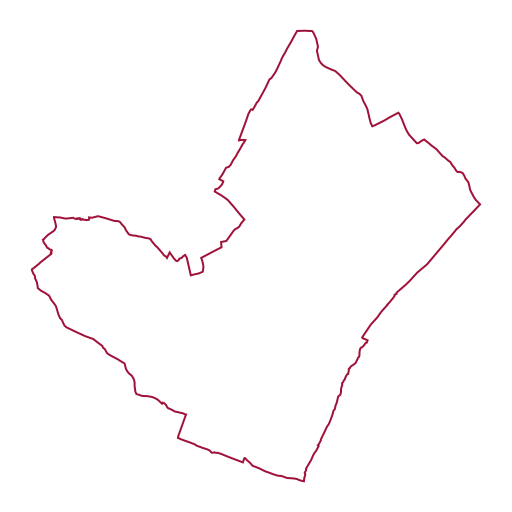 the district of Delesti, Vaslui, Romania
{"feature_id": "2599482B7658648918127", "entity_name": "Delesti", "entity_type": "district", "adm_level": 2, "iso_a3": "ROU", "parent_name": "Romania", "parent_adm1": "Vaslui", "projection": "albers", "projection_center": [27.539, 46.694], "detail": "fine", "context": "isolated", "style": "outline", "palette": "rose", "viewbox_px": 512, "rotation_deg": 0, "n_neighbors": 0, "source": "geoboundaries", "source_scale": "gbopen_adm2", "svg_char_len": 5988}
<svg xmlns="http://www.w3.org/2000/svg" viewBox="0 0 512 512"><path d="M303.9,481.3L304.0,480.9L304.0,480.0L304.2,479.2L304.3,478.5L304.2,478.0L304.9,476.2L305.3,474.2L305.1,473.8L304.8,473.1L304.7,472.7L306.0,470.4L306.2,469.6L306.1,469.2L306.0,468.7L311.2,459.9L312.9,455.8L313.7,454.3L314.5,452.9L316.0,451.0L318.6,446.2L317.8,445.3L318.8,444.3L319.5,442.9L320.4,441.3L320.9,440.1L320.9,439.4L324.9,431.1L326.5,427.6L327.5,425.9L328.3,424.9L329.2,423.3L329.6,422.1L331.0,418.8L332.6,414.2L332.9,413.3L333.0,412.2L333.4,411.1L333.9,410.1L334.5,409.6L334.8,409.1L335.6,405.5L335.8,404.9L336.4,403.6L337.1,401.3L338.1,396.7L338.3,396.4L339.8,395.2L340.4,394.6L340.9,392.5L341.0,391.4L341.0,389.9L341.1,388.6L341.6,386.8L342.3,385.1L342.1,384.4L342.0,383.7L342.1,383.2L343.2,382.0L343.9,380.3L344.7,379.6L345.0,378.2L345.4,377.7L345.9,376.4L347.2,374.3L347.7,373.9L348.2,373.9L348.3,372.9L348.7,371.4L348.7,370.6L348.9,370.0L348.8,369.5L348.8,369.2L348.9,368.8L348.9,368.6L349.8,368.1L350.6,366.8L351.4,366.0L353.0,365.0L355.2,363.4L355.9,362.4L356.8,360.5L357.6,359.0L357.8,358.2L358.1,357.7L359.0,356.9L359.2,356.5L359.4,355.4L359.5,354.3L359.4,353.5L359.6,351.9L359.8,350.1L360.3,348.5L361.1,347.6L361.4,347.6L361.7,347.5L363.6,345.9L365.8,342.7L366.7,342.7L367.6,340.3L364.8,339.0L363.5,338.6L362.7,338.2L362.1,337.6L362.9,336.3L370.7,324.7L375.5,319.4L377.6,317.0L379.6,314.1L382.0,310.9L387.0,305.4L387.3,305.1L387.2,304.7L388.7,303.3L393.1,298.0L394.3,296.3L394.7,295.6L394.5,294.9L394.8,294.6L396.6,293.8L396.5,292.9L397.4,291.9L405.8,284.7L409.7,280.9L417.2,272.6L427.0,264.4L444.6,243.5L448.0,239.3L451.6,235.2L455.0,231.1L456.5,229.2L459.5,226.6L463.7,222.0L465.6,219.5L468.0,217.1L469.2,215.8L480.1,204.4L478.9,203.2L475.8,199.9L473.9,197.1L471.4,192.4L470.1,189.7L469.0,184.6L468.4,182.4L467.5,181.1L465.5,178.6L464.3,175.8L462.6,173.0L459.9,171.9L458.1,172.1L456.8,171.5L455.4,169.4L454.3,167.5L453.1,166.3L451.4,163.8L450.5,162.1L448.4,160.7L444.9,157.6L442.6,156.1L438.8,151.9L436.7,149.4L431.3,145.4L428.6,143.0L425.2,140.4L424.4,139.5L423.9,139.6L421.3,141.0L418.4,143.1L416.8,143.2L409.1,134.8L407.7,132.5L406.3,130.0L404.4,125.5L401.8,118.9L399.4,114.0L398.4,112.7L389.2,117.6L384.7,120.3L379.4,123.0L374.6,125.4L372.3,126.3L370.7,122.9L369.1,116.8L368.6,114.1L367.9,111.7L367.7,110.1L366.3,106.7L363.7,101.8L362.8,99.7L361.3,95.6L359.0,93.5L357.1,92.6L350.1,85.9L345.8,81.5L339.3,74.6L335.2,71.0L331.8,69.7L326.1,67.2L323.1,65.3L321.0,63.2L319.1,60.3L318.7,58.9L317.0,51.2L317.0,50.5L317.8,47.5L317.9,46.2L316.2,38.8L313.7,33.3L312.7,31.6L312.0,31.0L309.3,31.0L305.4,30.7L297.1,31.0L294.1,36.2L291.8,40.6L287.0,48.8L285.2,52.4L283.2,55.8L281.7,58.6L281.1,60.3L280.2,62.2L277.1,68.9L275.1,72.7L271.5,77.9L269.4,79.5L265.7,87.5L258.3,101.1L257.9,101.4L256.8,102.6L254.4,107.0L252.7,109.8L252.2,109.4L251.1,109.4L250.5,110.1L248.5,113.7L245.0,123.8L239.0,139.9L239.0,140.4L240.6,140.0L244.3,139.9L245.4,140.1L242.4,144.7L239.9,149.2L237.4,153.3L236.4,155.5L233.1,160.2L230.8,164.6L228.8,166.9L226.1,167.7L222.4,174.4L219.7,178.2L219.3,179.2L223.3,181.3L222.4,183.7L221.8,184.7L220.8,185.9L218.3,188.4L215.3,189.3L215.2,190.0L214.7,191.5L222.0,195.8L227.3,199.6L228.4,200.7L233.4,206.4L239.7,214.1L244.4,219.5L241.2,223.3L239.2,226.7L237.6,227.9L235.2,229.2L233.9,230.4L226.3,241.0L221.1,242.0L221.5,247.3L215.0,250.6L201.2,257.9L202.4,261.3L203.3,265.5L203.4,267.6L202.8,271.6L202.2,272.0L198.6,273.5L195.2,274.2L190.8,275.3L186.8,257.8L185.1,254.9L183.6,256.0L182.7,256.5L182.4,257.2L181.3,258.1L179.4,258.6L179.0,259.6L178.6,260.2L177.1,261.1L176.1,260.8L173.7,258.2L169.7,252.4L167.0,257.9L166.2,256.6L165.0,256.0L163.8,255.1L162.5,253.3L157.5,247.5L155.3,245.5L151.6,241.0L151.1,240.1L150.5,239.2L148.9,238.4L146.0,238.0L143.4,237.4L141.2,236.7L138.9,236.5L135.6,235.7L133.5,235.5L132.8,235.5L131.6,235.2L129.4,234.6L128.7,234.1L126.3,230.7L125.7,229.8L124.8,227.6L124.3,227.0L122.8,225.3L122.1,224.8L120.6,222.7L119.5,221.7L118.4,221.2L114.3,220.9L106.9,218.6L100.8,216.9L97.9,216.2L92.3,217.7L91.4,217.7L89.1,217.4L89.2,219.2L88.7,219.8L88.0,220.0L86.9,220.1L85.0,219.8L84.1,219.8L82.4,219.1L81.8,219.8L80.6,219.7L79.6,219.2L79.4,218.9L80.1,218.3L79.9,218.1L78.4,218.3L77.3,219.0L76.9,219.0L77.0,218.7L76.9,218.5L76.3,218.8L76.0,218.8L74.6,218.6L73.2,217.8L66.2,218.6L63.4,218.2L60.3,217.5L54.0,217.1L54.0,218.0L55.2,222.2L56.1,226.3L55.9,227.4L54.8,229.8L53.2,231.3L48.1,234.8L45.4,237.4L44.1,238.9L42.9,239.7L43.3,240.8L43.5,242.1L44.1,242.8L44.7,244.0L45.9,245.2L47.1,247.7L47.9,248.0L48.7,248.5L49.4,249.3L51.1,249.8L51.9,250.4L51.5,251.3L51.0,251.9L51.3,252.5L50.8,252.5L50.7,252.9L51.1,254.0L40.4,262.4L39.1,263.7L33.7,268.1L31.9,269.3L31.9,270.1L33.2,273.4L34.9,276.0L35.1,276.7L34.9,277.7L35.3,278.8L36.8,282.0L37.5,285.5L37.8,288.1L41.1,290.8L44.7,292.7L48.9,295.5L50.2,297.7L50.9,299.4L54.7,304.3L55.8,306.1L56.1,306.6L58.5,314.7L60.1,318.2L62.0,320.1L63.0,322.6L64.5,325.6L66.1,327.0L67.0,327.6L75.9,331.9L85.3,336.2L93.2,339.0L98.6,343.2L102.3,345.9L102.9,347.5L104.9,349.2L106.9,353.0L109.2,354.7L112.1,356.3L118.5,359.7L119.9,360.7L124.3,363.3L124.9,364.4L125.2,366.0L125.9,368.7L127.1,371.0L128.8,373.3L132.0,375.9L133.8,379.2L134.6,382.1L134.6,385.9L135.3,391.3L136.1,393.6L137.2,394.3L140.4,395.3L142.5,396.0L146.9,396.1L151.9,396.9L154.7,398.0L157.3,399.4L159.1,400.9L162.0,403.7L162.6,402.7L163.6,402.8L165.8,404.6L167.3,407.4L167.9,408.0L172.7,410.2L174.1,411.2L175.3,411.6L182.9,413.3L185.2,414.4L186.0,414.5L183.6,421.2L178.3,436.0L177.9,437.9L182.1,439.7L189.5,442.3L195.1,444.5L196.2,445.5L202.1,447.7L207.2,449.3L209.8,450.6L211.0,452.1L211.7,452.7L213.2,452.7L214.3,452.3L215.3,452.7L217.1,452.9L218.3,452.9L218.7,453.2L220.6,453.7L229.2,457.2L242.9,462.4L244.3,458.3L245.0,458.1L246.9,460.1L250.6,463.4L251.6,464.7L252.7,465.8L259.4,468.4L265.5,471.5L267.0,471.9L274.3,474.6L278.0,475.7L281.6,476.0L286.4,477.8L288.4,478.1L290.7,478.2L295.0,478.6L297.6,479.3L299.8,480.3L303.9,481.3Z" fill="none" stroke="#9f1239" stroke-width="2"/></svg>